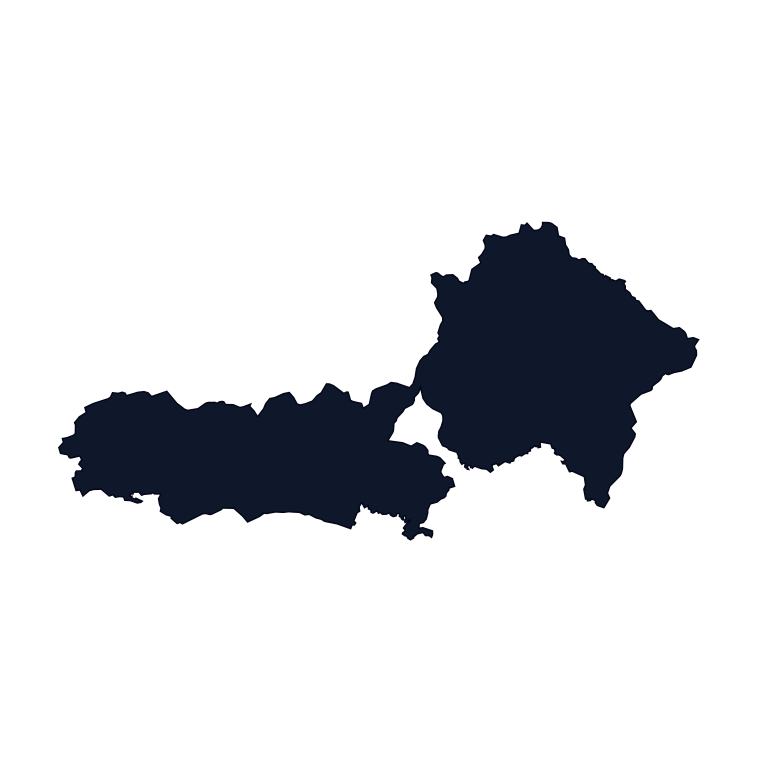 Luong Son, Ha Noi, Vietnam, rotated 110°
{"feature_id": "81297802B92770026846870", "entity_name": "Luong Son", "entity_type": "district", "adm_level": 2, "iso_a3": "VNM", "parent_name": "Vietnam", "parent_adm1": "Ha Noi", "projection": "orthographic", "projection_center": [105.569, 20.782], "detail": "fine", "context": "isolated", "style": "filled", "palette": "ink", "viewbox_px": 768, "rotation_deg": 110, "n_neighbors": 0, "source": "geoboundaries", "source_scale": "gbopen_adm2", "svg_char_len": 6171}
<svg xmlns="http://www.w3.org/2000/svg" viewBox="0 0 768 768"><g transform="rotate(110 384 384)"><path d="M414.5,160.2L423.1,155.2L422.6,153.8L424.2,152.8L422.8,150.2L421.8,150.8L420.9,147.9L421.4,145.2L423.2,144.8L425.1,142.0L425.0,135.1L414.1,133.0L410.1,136.8L402.7,136.9L389.4,130.8L386.7,130.5L382.1,131.0L372.0,134.4L367.6,134.9L359.6,131.9L348.1,130.3L344.9,130.9L341.0,137.0L333.2,134.0L320.0,145.9L317.6,145.7L305.6,139.1L298.8,131.2L297.4,130.4L294.1,131.0L287.1,126.6L284.6,125.6L281.1,125.3L277.5,122.9L278.1,121.5L277.8,119.9L273.9,115.4L269.9,108.8L263.1,101.4L250.1,100.2L245.8,101.9L243.4,104.7L241.7,105.3L234.8,103.6L234.7,109.2L237.7,114.5L233.8,117.4L232.1,119.5L230.1,125.6L233.1,131.1L229.8,148.1L223.7,158.2L225.1,161.0L225.3,163.2L218.9,173.0L219.4,176.0L217.2,177.6L217.1,181.1L214.2,184.4L212.5,189.8L209.6,190.7L207.6,193.0L205.0,192.3L204.6,193.4L205.0,198.9L208.0,201.3L208.1,206.3L208.8,207.7L207.1,207.7L206.4,213.1L207.9,213.6L208.1,214.4L206.2,215.5L206.5,218.0L203.7,223.7L204.1,224.7L201.6,225.6L201.4,227.5L199.9,229.8L200.6,233.0L197.6,238.1L198.4,240.5L200.9,243.1L200.3,246.7L201.2,250.2L200.7,251.8L199.2,254.3L194.6,256.8L191.3,261.0L185.2,264.3L185.2,270.7L177.7,275.0L175.8,281.5L176.0,284.4L178.0,290.2L180.6,289.3L183.8,289.7L186.3,291.3L188.1,294.5L188.3,296.4L184.0,304.6L186.8,305.9L187.5,309.3L196.2,308.6L201.0,316.1L204.3,319.5L205.6,322.8L206.1,332.2L208.4,333.7L209.3,338.7L215.0,339.7L219.2,336.1L222.2,335.2L228.8,336.4L232.8,338.3L237.1,334.3L246.2,340.6L257.2,339.4L258.8,340.0L260.7,343.1L262.3,343.4L261.8,348.8L259.6,351.2L257.8,356.6L260.4,362.8L262.7,364.4L263.1,366.5L261.4,371.5L261.8,373.4L265.5,377.1L267.8,375.1L272.6,373.9L276.0,366.9L280.9,364.1L283.8,363.3L290.3,364.2L294.3,360.6L301.3,351.6L304.6,350.3L309.1,351.1L317.5,350.7L319.7,348.2L322.9,348.9L325.8,346.4L328.9,349.2L336.4,352.0L341.2,352.7L344.6,356.0L349.8,358.0L358.2,358.7L366.9,357.0L374.1,356.8L378.8,358.8L379.0,372.3L380.2,377.9L383.7,380.6L391.3,389.7L394.5,392.2L397.1,392.3L408.1,390.8L414.0,395.2L410.0,398.5L411.1,406.9L410.9,409.9L404.0,414.9L404.3,416.3L406.6,418.6L402.9,430.9L402.7,435.2L403.6,438.1L413.7,439.9L417.6,442.7L424.6,445.4L429.4,451.0L432.4,455.5L432.5,458.9L427.6,464.4L424.4,470.1L427.4,475.0L434.2,482.0L436.8,486.3L443.0,488.4L448.4,488.6L458.0,491.6L453.9,496.8L450.9,502.6L448.5,502.4L453.7,508.5L455.4,511.4L455.1,518.7L457.5,525.8L455.6,528.4L455.7,529.9L457.0,532.5L459.1,534.0L459.2,536.7L461.5,542.8L463.1,545.0L470.8,550.3L475.9,559.3L476.0,562.6L473.1,572.0L465.2,585.6L475.3,598.1L473.0,602.7L473.3,606.9L476.0,612.4L483.2,622.2L481.2,624.0L481.3,627.2L483.7,630.5L485.1,636.1L489.9,636.4L492.2,638.1L501.7,650.3L508.4,657.0L512.6,654.0L519.0,659.0L526.2,661.5L528.0,659.8L536.1,657.1L538.3,658.1L542.8,663.3L545.3,667.5L548.5,665.1L554.9,667.8L559.8,664.2L558.6,656.8L560.8,654.6L560.7,653.0L555.6,645.2L559.1,641.7L560.3,642.8L563.7,643.4L566.2,638.4L567.6,638.3L569.3,638.8L571.1,643.4L572.9,643.6L577.0,642.3L579.2,644.7L589.4,636.9L587.5,633.3L592.2,628.6L585.1,624.6L582.4,620.9L579.5,613.7L583.2,603.9L580.8,600.9L582.3,597.8L580.2,594.1L579.1,590.1L581.9,587.8L580.3,582.8L580.2,575.2L578.3,571.9L576.8,571.1L576.2,578.1L577.4,578.2L577.2,582.3L575.7,582.4L576.2,583.9L574.3,585.0L573.1,582.2L571.4,582.7L569.4,577.4L571.4,573.7L569.8,571.9L566.6,565.1L565.0,564.0L565.8,562.2L563.8,556.6L564.2,556.0L568.9,556.6L573.9,553.7L576.8,551.0L580.0,550.6L581.4,543.9L580.9,538.3L582.9,538.1L585.8,530.7L583.7,528.2L584.3,525.6L568.2,510.3L566.7,507.6L566.1,502.8L565.2,501.4L557.9,494.2L555.7,493.2L552.1,482.6L556.4,471.7L560.3,465.0L551.0,455.7L546.4,452.6L545.8,450.0L541.3,442.2L539.0,434.7L536.6,430.0L533.5,419.5L534.0,413.6L532.0,409.7L533.0,402.4L532.5,396.5L533.3,392.9L531.4,380.3L531.3,365.9L527.2,365.8L526.6,363.6L524.2,363.1L523.1,365.6L514.2,365.3L511.9,363.4L508.0,365.4L503.7,364.6L503.3,363.9L506.9,360.0L503.8,357.4L506.7,355.8L506.6,353.4L508.9,352.2L509.0,350.0L506.1,347.8L506.1,346.1L507.3,345.1L506.0,343.5L507.0,341.0L505.4,337.1L503.2,335.0L505.0,332.8L505.4,329.9L503.7,327.5L501.2,327.5L500.3,325.0L503.2,324.2L503.2,322.6L504.7,321.4L505.3,319.5L504.7,319.0L502.1,320.7L500.4,319.1L502.6,317.4L506.0,317.6L506.9,316.8L504.8,314.5L503.0,313.8L503.5,313.0L506.0,313.2L506.7,314.6L512.4,316.4L513.1,316.1L512.8,315.0L515.3,313.9L517.4,315.5L518.6,315.4L519.5,312.3L519.0,310.8L520.8,308.6L521.3,305.8L518.4,303.5L517.0,304.3L516.4,303.2L513.4,301.5L510.1,296.5L512.2,293.3L511.0,289.8L511.8,286.9L508.9,286.9L505.5,288.2L505.8,298.5L507.7,301.8L503.8,303.1L502.7,302.7L500.7,299.7L496.4,298.2L490.3,298.8L487.4,299.9L480.9,299.6L476.7,293.6L472.6,291.3L470.5,288.8L468.2,287.6L465.3,288.2L461.2,286.8L459.7,287.5L456.0,282.7L449.6,287.4L449.2,292.7L451.3,295.5L450.8,296.6L448.2,299.9L446.2,300.9L439.1,300.7L437.6,299.5L434.2,306.3L434.0,309.6L435.5,317.5L435.1,318.6L431.3,320.3L429.0,323.9L428.3,326.2L428.0,333.0L433.2,337.1L432.9,346.4L436.1,361.1L426.9,359.3L424.7,359.2L417.5,361.3L414.4,360.0L411.2,360.2L403.4,356.8L399.9,356.3L393.8,350.7L392.3,350.1L388.9,350.0L386.0,351.0L380.8,348.7L374.8,348.4L384.2,342.3L388.1,336.9L390.5,329.6L391.4,320.4L393.7,317.8L398.2,316.0L404.5,315.6L409.8,316.2L414.2,315.1L415.8,314.4L421.9,307.9L422.0,303.0L423.5,300.3L423.2,291.6L424.4,291.3L426.0,289.4L428.2,288.8L428.4,287.1L431.1,285.7L432.8,283.4L430.9,281.8L431.1,280.4L434.3,279.8L434.8,278.5L434.0,277.7L435.6,276.8L435.3,275.3L433.2,277.8L431.4,276.3L431.5,274.5L432.7,274.1L431.9,273.4L432.9,272.3L430.2,270.8L430.2,263.6L428.9,258.3L430.5,253.9L427.4,251.9L424.5,254.4L422.9,254.4L420.2,251.1L421.7,248.5L415.4,243.8L415.2,238.7L413.5,238.3L411.9,235.9L409.2,236.1L406.3,234.1L404.6,232.1L404.5,230.1L401.0,227.6L400.2,225.3L398.2,225.6L396.8,223.6L393.6,224.6L393.7,223.2L390.3,221.0L390.9,219.7L389.8,218.1L391.1,217.4L389.8,215.4L385.1,217.6L383.2,206.8L386.7,204.0L386.4,201.3L387.3,201.3L388.5,199.9L390.0,200.4L390.9,199.9L391.5,197.3L390.8,196.1L390.9,193.5L393.1,187.9L394.0,187.6L395.8,189.3L396.0,190.7L397.8,188.7L396.9,185.9L403.0,179.7L401.5,177.2L402.5,164.1L410.0,160.0L414.5,160.2Z" fill="#0f172a" stroke="#020617" stroke-width="1.5"/></g></svg>